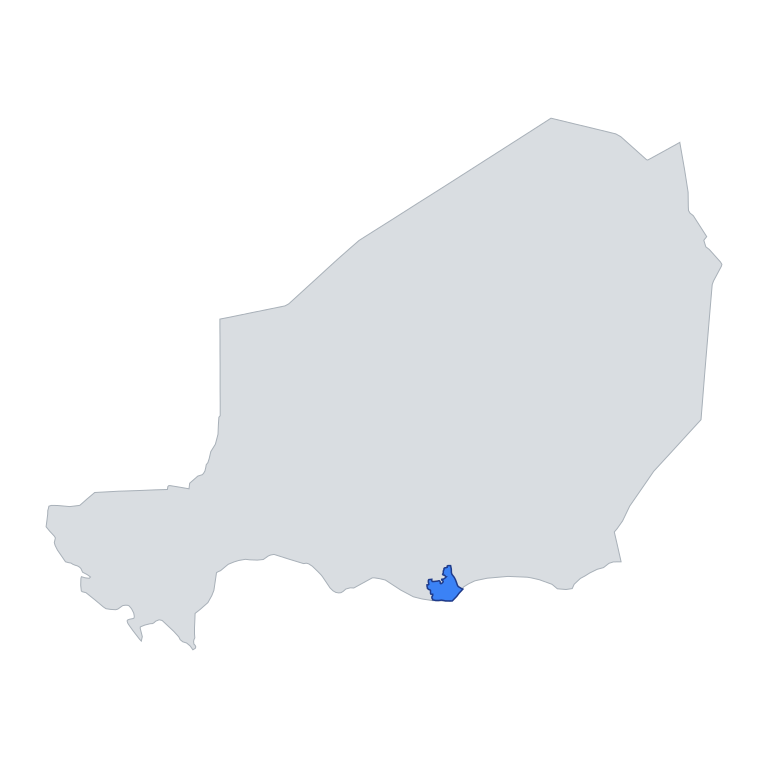 Dungass, Zinder, Niger (highlighted)
{"feature_id": "23599985B10149369238340", "entity_name": "Dungass", "entity_type": "district", "adm_level": 2, "iso_a3": "NER", "parent_name": "Niger", "parent_adm1": "Zinder", "projection": "mercator", "projection_center": [9.383, 13.215], "detail": "fine", "context": "in_parent", "style": "filled", "palette": "blue", "viewbox_px": 768, "rotation_deg": 0, "n_neighbors": 0, "source": "geoboundaries", "source_scale": "gbopen_adm2", "svg_char_len": 4138}
<svg xmlns="http://www.w3.org/2000/svg" viewBox="0 0 768 768"><path d="M621.1,561.8L613.4,561.9L609.0,563.3L603.5,567.6L597.2,569.3L589.7,573.0L584.9,576.0L580.4,578.4L574.2,584.2L572.2,588.6L566.0,589.5L557.4,588.8L552.0,584.3L539.3,579.7L531.0,577.8L527.2,577.2L507.9,576.4L487.2,578.2L476.7,580.4L474.7,580.9L468.8,583.7L463.8,586.8L450.4,601.1L432.7,600.6L422.2,599.0L413.4,596.8L400.8,590.1L385.3,580.0L379.4,578.6L374.0,577.8L372.2,577.9L353.8,588.0L350.3,587.8L345.9,589.0L343.0,591.5L340.9,592.7L338.7,592.9L335.8,592.4L333.0,590.8L330.1,588.0L322.5,576.7L321.0,574.8L317.7,571.4L312.3,566.2L308.6,563.8L306.3,563.2L303.6,563.6L288.8,559.1L274.0,554.4L270.7,555.0L268.4,555.9L263.3,559.5L257.3,560.1L249.6,559.8L245.4,559.3L238.6,560.5L234.1,561.9L228.2,564.3L220.5,570.7L218.3,571.6L216.5,572.6L213.9,590.3L211.8,595.6L207.9,602.6L200.3,609.3L195.1,613.4L194.9,618.8L194.5,627.7L194.5,633.9L194.8,637.9L193.9,639.8L193.6,641.5L193.9,644.1L195.1,645.3L195.8,646.9L195.3,648.3L192.9,649.8L190.1,645.9L186.6,643.0L182.8,641.8L180.2,639.7L178.8,636.9L173.8,631.4L162.2,620.5L161.0,620.2L159.1,619.8L155.8,621.1L153.8,622.9L152.4,623.6L150.2,623.7L144.7,625.1L140.3,626.9L140.2,628.3L142.3,636.6L141.3,641.1L139.3,638.9L132.9,630.6L128.5,624.4L127.7,623.0L127.1,620.9L127.6,620.0L129.3,619.3L133.3,618.5L134.1,617.9L134.3,616.2L133.7,613.0L131.5,608.7L129.1,605.9L127.8,605.3L125.4,605.2L122.7,605.6L117.8,609.1L115.6,609.7L110.6,609.4L106.0,608.7L103.3,606.9L95.1,600.0L86.0,592.7L82.2,591.7L81.3,590.9L80.7,585.3L80.9,578.5L81.4,576.7L85.1,577.8L89.2,578.3L90.5,577.0L87.2,574.6L82.6,572.2L80.9,568.5L79.6,567.2L77.5,565.9L75.1,565.2L72.7,564.2L71.1,563.1L68.4,562.6L65.5,561.8L61.4,555.8L57.4,550.0L55.1,545.4L54.3,542.6L55.4,537.9L54.2,536.0L49.8,531.3L46.1,526.8L47.0,519.9L47.7,514.2L47.8,510.5L48.4,508.5L48.9,506.2L51.3,505.4L57.6,505.5L69.8,506.6L79.6,505.4L80.1,505.1L87.0,499.0L94.7,492.5L106.2,491.9L118.6,491.2L128.4,490.9L142.6,490.4L154.1,489.9L167.4,489.5L167.9,486.5L168.7,485.7L170.0,485.6L179.8,487.2L189.0,488.8L189.7,483.2L197.8,476.1L202.3,474.7L203.5,473.4L204.9,471.1L205.8,467.4L206.2,464.8L207.9,462.6L209.2,458.6L210.8,451.6L215.4,444.2L218.0,434.3L218.4,424.6L218.9,417.2L220.2,415.7L220.2,402.7L220.1,389.5L220.1,378.3L220.1,364.4L220.0,352.2L220.0,339.0L219.9,327.0L219.9,319.1L229.2,317.3L238.9,315.3L253.0,312.4L268.3,309.3L285.0,305.9L288.7,303.9L301.3,292.4L307.0,287.2L318.3,276.9L327.0,268.9L338.1,258.8L349.8,248.5L359.1,240.4L373.8,231.1L396.0,217.1L418.1,203.0L440.3,189.0L462.4,174.9L484.6,160.7L506.7,146.6L528.9,132.4L551.0,118.2L573.3,123.6L594.5,128.7L615.8,133.9L620.8,136.7L632.1,146.8L646.5,159.7L647.2,159.9L647.8,160.0L661.7,152.4L679.8,142.4L679.8,142.5L684.5,169.2L688.1,192.2L688.3,206.7L688.5,210.5L690.0,213.1L693.3,215.7L706.7,236.6L703.8,240.3L705.8,246.8L709.3,249.5L720.5,262.0L721.9,264.4L721.3,266.4L713.5,281.0L712.2,284.6L710.6,303.2L709.5,316.2L708.0,334.2L706.2,355.5L704.7,373.5L702.8,397.3L701.0,419.7L689.8,431.9L669.9,453.7L653.7,471.3L645.6,483.1L629.7,506.1L622.6,520.9L617.1,528.7L614.3,532.0L616.8,542.8L621.1,561.8Z" fill="#d9dde1" stroke="#a8b0b8" stroke-width="1"/><path d="M432.6,599.8L435.7,600.5L438.8,600.5L441.4,600.1L444.3,600.6L445.4,600.9L452.2,601.0L456.7,596.4L458.9,593.4L462.9,589.1L461.1,588.3L458.2,586.5L457.4,585.2L456.5,582.5L455.4,579.6L454.2,577.3L451.9,574.3L451.4,572.6L451.3,569.1L450.6,565.6L448.0,565.6L447.2,566.1L447.2,567.3L445.9,567.7L444.8,567.8L444.0,568.4L444.0,569.5L443.3,571.0L443.3,573.1L442.6,574.2L443.2,575.0L444.5,575.2L445.8,576.7L446.3,576.8L445.3,577.8L443.2,579.3L442.5,579.1L441.7,579.3L441.7,580.0L442.8,580.8L443.2,581.4L442.9,582.3L441.7,583.4L440.9,583.7L440.3,583.4L440.2,581.9L439.4,580.8L438.3,580.8L437.6,581.1L433.9,581.5L432.3,581.5L431.7,580.6L431.8,579.3L428.8,579.6L428.4,580.2L428.3,582.2L428.6,582.7L428.7,584.5L428.1,584.8L427.0,584.8L427.0,585.6L427.1,586.9L427.4,587.3L427.4,588.3L428.7,589.5L429.9,589.8L430.5,590.5L430.5,593.3L430.9,594.2L432.7,594.2L432.7,595.5L432.3,596.0L432.3,596.4L431.9,596.8L431.9,598.1L432.5,598.7L432.6,599.8Z" fill="#3b82f6" stroke="#1e3a8a" stroke-width="1.5"/></svg>